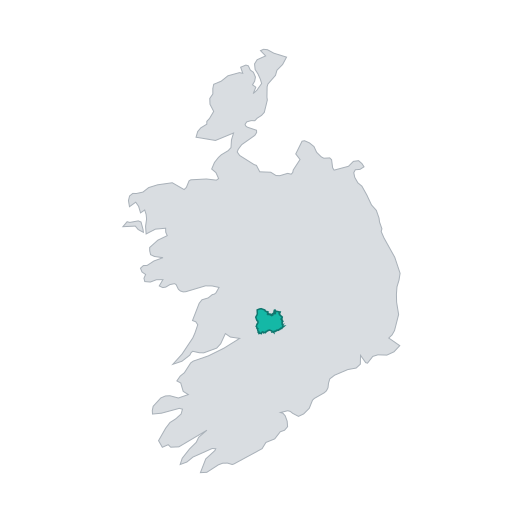 location of Newport Lea-4, North Tipperary, Ireland, rotated 347°
{"feature_id": "5873133B73905952621151", "entity_name": "Newport Lea-4", "entity_type": "district", "adm_level": 2, "iso_a3": "IRL", "parent_name": "Ireland", "parent_adm1": "North Tipperary", "projection": "albers", "projection_center": [-8.21, 52.789], "detail": "fine", "context": "in_parent", "style": "filled", "palette": "teal", "viewbox_px": 512, "rotation_deg": 347, "n_neighbors": 0, "source": "geoboundaries", "source_scale": "gbopen_adm2", "svg_char_len": 8044}
<svg xmlns="http://www.w3.org/2000/svg" viewBox="0 0 512 512"><g transform="rotate(347 256 256)"><path d="M315.6,84.4L306.3,91.1L304.9,93.6L302.4,103.7L302.1,106.6L296.4,117.9L293.1,120.2L288.1,122.0L285.3,123.9L281.7,123.0L277.2,123.2L275.0,125.2L275.1,126.7L276.5,128.5L284.8,133.6L284.4,135.8L282.0,138.2L267.1,144.3L262.7,148.0L261.1,150.4L262.7,154.4L274.7,166.5L276.8,167.8L278.6,174.8L289.2,177.7L293.6,182.1L297.3,183.1L305.4,182.6L308.7,184.2L310.6,182.9L311.6,180.6L320.6,171.9L317.7,165.5L326.7,154.5L329.2,154.6L333.5,157.8L337.1,162.4L338.4,168.6L341.9,174.1L344.1,176.0L349.9,177.0L351.3,179.2L350.5,187.3L351.4,189.9L366.3,189.4L372.2,185.7L377.4,186.2L380.0,189.8L381.3,193.4L376.8,195.0L372.2,194.3L370.0,196.8L369.9,201.6L371.7,207.6L374.9,211.8L377.7,221.5L380.0,232.2L383.5,238.6L384.4,246.7L384.0,250.7L384.8,257.8L383.5,260.3L384.7,267.0L390.9,288.4L392.5,305.3L389.9,311.7L386.4,317.8L384.2,324.9L382.6,332.7L381.8,345.1L374.2,359.8L370.8,363.5L366.9,365.8L375.9,375.7L368.9,380.4L361.2,382.0L352.5,379.7L347.2,380.1L340.5,385.5L338.9,384.6L335.5,376.3L333.3,384.9L328.4,387.7L319.9,387.3L305.8,389.8L300.3,392.3L298.1,396.1L296.5,400.6L294.3,403.2L291.8,404.6L280.8,407.9L278.6,409.2L273.6,416.4L266.9,420.6L261.3,421.8L256.4,417.6L254.4,415.1L252.1,413.9L244.6,414.0L246.9,415.3L248.5,418.3L249.2,423.9L248.4,429.4L244.6,432.2L240.1,432.7L233.1,438.4L223.7,439.9L218.6,445.1L187.6,453.7L185.9,453.8L181.7,451.4L177.0,450.4L172.4,451.0L159.4,455.7L153.1,454.6L161.4,442.4L172.2,436.3L173.4,434.7L169.9,433.7L149.4,437.7L142.3,441.2L135.2,442.1L138.6,436.5L147.9,429.0L155.9,424.1L159.4,419.7L169.0,414.7L137.9,424.6L129.9,423.1L128.0,420.1L121.7,421.3L119.5,414.0L129.2,403.5L134.7,398.9L141.2,396.6L147.5,393.1L149.9,388.7L147.0,387.2L128.5,387.9L119.6,386.7L120.2,383.2L122.0,379.3L131.3,372.9L136.3,372.0L140.7,372.8L148.4,376.9L158.9,375.8L154.6,371.5L154.1,362.8L150.8,359.9L155.1,356.0L160.0,353.6L168.3,345.5L171.2,344.3L187.2,342.6L204.4,338.5L221.5,332.6L212.8,329.2L208.7,324.7L201.8,333.6L197.0,336.9L183.3,338.6L179.0,337.5L172.9,334.6L171.0,335.6L169.2,337.7L160.1,341.9L150.6,342.8L161.8,335.0L176.0,321.6L179.2,317.3L183.8,309.9L182.5,306.5L179.6,304.6L190.0,289.3L193.5,286.5L200.0,286.1L204.7,283.8L206.8,283.8L208.7,282.9L212.9,278.3L206.5,275.3L200.0,273.7L179.6,275.0L177.0,274.6L174.5,273.1L172.9,271.0L171.7,265.8L170.3,264.6L165.7,264.5L161.1,266.0L158.0,265.8L155.0,263.4L160.0,258.1L153.7,256.7L147.2,257.6L141.9,255.9L141.8,252.5L144.3,249.2L141.3,245.9L140.7,241.9L144.1,240.0L147.8,240.7L155.4,237.9L165.0,236.7L156.9,233.6L153.6,231.0L153.6,227.1L154.3,223.8L163.9,218.5L174.1,216.2L173.4,212.5L174.2,208.6L164.0,207.2L153.9,209.8L155.1,202.2L157.7,195.4L158.3,190.9L157.9,186.1L153.2,188.0L152.8,181.2L150.9,176.5L143.8,179.5L144.2,173.3L146.3,169.1L150.0,167.3L153.5,168.2L160.2,168.3L166.8,165.2L176.1,164.5L190.9,165.8L200.9,175.1L203.6,173.5L207.7,167.7L209.6,167.1L225.0,169.8L234.5,173.2L237.0,172.1L235.7,165.7L232.4,161.3L236.6,155.5L241.6,151.5L244.9,149.6L252.6,147.1L256.0,144.8L258.2,137.4L261.8,131.1L242.5,134.3L224.3,126.8L227.2,121.6L231.1,118.7L237.7,116.5L238.4,113.7L241.7,111.5L247.3,105.6L245.3,97.8L246.4,92.1L250.4,88.4L251.6,83.1L253.4,79.2L261.5,77.8L269.2,74.1L281.1,73.6L284.2,75.0L283.5,68.6L289.1,67.7L291.3,69.0L292.3,73.6L294.8,76.4L295.7,81.5L294.0,85.4L291.1,88.4L293.8,91.5L289.8,97.1L294.1,94.7L300.3,89.2L300.0,84.7L298.9,79.1L297.1,74.1L297.8,68.5L301.3,65.0L310.4,63.2L306.6,56.9L309.9,56.3L313.6,57.6L319.0,62.4L330.5,69.1L325.0,75.4L318.2,79.7L315.6,84.4ZM151.9,204.6L151.6,207.6L147.2,203.8L145.1,199.7L132.9,197.5L138.1,193.6L140.6,194.9L149.2,195.3L151.6,197.0L151.9,204.6Z" fill="#d9dde1" stroke="#a8b0b8" stroke-width="1"/><path d="M266.7,315.8L266.2,316.0L265.7,315.8L265.7,315.7L265.5,315.4L265.4,315.3L265.1,315.2L264.1,314.7L263.5,314.7L263.3,314.5L263.0,314.6L262.8,313.8L262.4,313.7L262.5,313.6L262.5,313.3L262.3,313.2L262.2,313.0L262.2,312.9L261.9,313.0L261.7,313.0L261.6,313.3L261.5,313.5L261.8,313.9L261.5,313.9L261.5,314.0L261.1,314.0L261.1,314.3L261.3,314.3L261.3,314.5L261.3,314.9L261.2,314.9L261.1,315.4L261.4,315.6L261.5,315.6L262.0,315.8L262.0,316.0L261.8,316.1L261.8,316.3L261.6,316.2L261.5,316.3L261.4,316.3L261.0,316.0L260.9,316.1L260.8,315.9L260.7,315.8L260.7,315.7L260.4,315.4L260.2,315.5L260.0,315.9L260.1,316.0L259.9,316.1L259.6,315.9L259.4,316.0L259.1,316.1L259.1,316.3L259.2,316.5L259.3,316.9L259.3,317.1L258.9,317.2L258.8,317.4L258.4,317.5L258.2,317.6L258.1,316.9L257.8,317.0L257.8,316.9L257.6,316.9L257.7,316.6L257.4,316.7L257.1,316.7L257.0,316.1L256.5,316.4L256.3,316.3L256.3,316.2L256.2,316.1L255.9,316.0L255.9,315.8L255.7,315.9L255.4,315.7L255.2,315.7L255.0,315.8L254.7,315.8L254.7,315.7L254.3,315.6L254.1,315.4L254.3,315.1L254.6,315.1L254.9,315.0L255.1,315.0L255.1,314.9L254.9,314.7L254.7,314.4L254.5,314.2L254.8,313.7L255.0,313.5L255.2,313.3L254.9,313.1L254.7,313.0L254.6,312.8L254.5,312.7L254.1,312.7L253.9,312.8L253.3,312.1L253.0,312.0L252.7,311.8L252.7,311.6L252.6,311.4L252.6,311.0L252.6,310.8L252.5,310.7L252.4,310.7L252.2,310.5L252.2,310.4L249.2,308.5L247.4,308.4L245.0,308.8L244.3,312.6L243.9,313.4L242.0,315.5L242.2,317.9L242.4,318.3L242.3,318.6L242.4,319.1L242.6,319.4L242.9,319.5L243.1,319.7L243.1,319.8L243.1,320.0L243.1,320.5L243.0,320.8L243.0,321.1L242.7,321.8L242.3,322.1L242.0,322.3L242.0,322.5L241.9,322.7L241.7,322.6L241.4,323.0L241.1,323.5L240.7,324.2L240.6,324.6L240.4,324.7L240.5,324.9L240.7,325.1L240.7,325.8L241.0,326.6L240.8,326.8L241.0,327.0L240.9,327.0L241.0,327.2L241.0,327.3L241.0,328.8L241.1,329.6L241.1,329.9L241.3,330.2L241.5,330.1L241.4,330.2L241.5,330.2L241.3,330.3L241.3,330.9L241.3,331.0L241.6,330.8L241.8,330.8L241.8,331.0L241.9,331.5L242.1,331.7L242.3,332.0L242.1,332.2L242.3,332.2L242.8,332.1L243.3,332.4L243.3,332.5L243.6,332.9L244.0,332.6L244.3,332.2L244.4,331.9L244.9,331.7L245.1,331.4L245.3,331.6L245.8,331.7L245.8,331.8L246.2,332.0L246.2,332.3L246.3,332.4L246.3,332.6L246.8,332.5L247.0,332.4L247.5,332.4L247.6,332.6L247.9,332.8L248.0,332.6L248.4,332.5L248.7,332.3L249.1,332.1L249.3,332.0L249.2,331.8L249.3,331.8L249.6,331.8L249.9,331.8L250.0,331.7L250.3,331.5L250.5,331.4L251.1,331.5L251.2,331.4L251.2,331.2L251.6,331.2L251.8,331.2L252.1,331.2L252.3,331.2L252.5,331.2L252.6,331.4L252.8,331.5L253.2,331.6L253.5,331.8L253.6,332.0L254.0,332.2L254.3,332.3L254.5,332.5L254.6,332.9L254.6,333.2L254.4,333.7L255.5,333.8L255.8,334.1L256.1,334.5L256.1,334.4L256.1,334.2L256.3,334.1L256.3,333.9L256.5,333.9L256.8,333.7L257.2,333.8L257.2,333.6L257.5,333.8L257.9,333.8L258.0,333.7L258.4,333.6L258.6,333.7L258.8,333.5L258.8,333.4L259.0,333.3L259.0,333.1L259.3,333.0L259.5,333.1L259.8,333.0L260.0,333.2L260.3,333.1L260.5,333.2L260.6,333.3L260.8,333.2L260.8,333.3L261.0,333.3L261.1,333.2L261.2,333.3L261.3,333.4L261.5,333.3L261.6,333.1L261.8,333.0L262.0,332.9L262.2,333.0L262.7,332.9L262.8,332.7L262.9,332.8L263.3,332.5L263.6,332.5L263.7,332.3L263.9,332.1L264.0,331.9L264.4,332.0L264.6,332.2L264.8,332.4L265.1,332.1L265.3,332.0L265.6,331.7L265.8,331.2L266.0,331.3L266.7,331.2L267.4,330.8L267.2,330.8L266.8,330.6L266.5,330.4L266.5,330.2L266.4,330.0L266.5,329.7L266.4,329.6L266.3,329.1L266.6,328.9L266.3,328.9L266.2,328.8L266.1,328.7L266.2,328.4L266.3,328.0L266.2,327.8L266.2,327.7L266.3,327.6L266.4,327.4L266.5,327.3L266.7,327.1L266.8,327.2L266.7,326.9L266.5,326.7L266.4,326.5L266.5,326.4L266.7,326.1L266.8,326.0L266.9,325.9L267.1,325.8L267.2,325.7L267.3,325.7L267.5,325.6L267.3,325.3L267.0,325.1L266.7,324.9L266.7,324.7L266.9,324.6L267.0,324.4L267.0,324.2L266.7,323.9L266.8,323.6L266.7,323.5L266.3,323.2L266.2,323.2L266.3,323.2L266.2,323.1L266.4,322.9L266.8,322.8L266.7,322.7L266.8,322.6L267.0,322.5L267.4,322.1L267.6,321.9L267.8,321.6L267.9,321.4L267.8,321.2L267.7,321.1L267.4,320.9L267.3,320.5L267.0,320.4L266.9,320.3L266.8,319.8L266.4,319.4L266.2,318.9L265.8,318.6L266.0,318.2L265.8,318.0L265.8,317.8L265.7,317.7L265.8,317.6L265.6,317.2L265.9,317.0L266.1,317.0L266.5,316.8L266.7,316.4L267.0,316.0L266.8,315.9L266.7,315.8Z" fill="#14b8a6" stroke="#0f766e" stroke-width="1.5"/></g></svg>